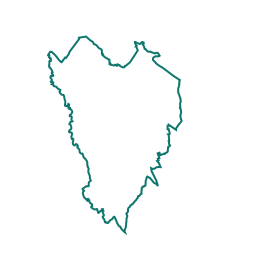 outline of Tepeojuma, Puebla, Mexico, rotated 165°
{"feature_id": "50627088B71138108989678", "entity_name": "Tepeojuma", "entity_type": "district", "adm_level": 2, "iso_a3": "MEX", "parent_name": "Mexico", "parent_adm1": "Puebla", "projection": "equal_earth", "projection_center": [-98.425, 18.729], "detail": "fine", "context": "isolated", "style": "outline", "palette": "teal", "viewbox_px": 256, "rotation_deg": 165, "n_neighbors": 0, "source": "geoboundaries", "source_scale": "gbopen_adm2", "svg_char_len": 5834}
<svg xmlns="http://www.w3.org/2000/svg" viewBox="0 0 256 256"><g transform="rotate(165 128 128)"><path d="M183.4,221.8L186.4,219.1L186.3,218.8L185.3,218.7L185.2,218.2L185.7,217.4L185.7,217.1L186.0,216.7L185.4,215.6L185.0,215.7L184.6,215.3L184.6,214.5L185.3,212.8L185.8,213.1L186.4,213.1L186.8,212.5L187.5,209.7L188.1,209.0L188.0,207.9L188.3,207.0L187.4,205.8L186.6,203.4L186.4,201.4L187.2,201.2L187.5,200.8L186.6,198.3L186.8,197.7L187.4,197.6L188.3,198.3L189.1,198.2L189.9,196.9L189.1,194.5L189.3,193.6L190.5,192.9L190.4,192.1L188.6,191.6L188.4,191.1L188.9,190.3L190.1,189.8L189.1,189.2L188.9,188.6L188.8,187.7L186.8,186.5L186.2,185.9L185.7,184.3L183.5,182.3L184.2,181.2L184.7,181.0L184.6,179.2L183.2,177.2L181.9,176.7L181.5,175.6L181.8,172.0L181.6,170.2L182.3,167.9L183.1,166.1L182.8,165.6L182.0,165.1L181.8,165.0L181.8,165.3L181.5,165.0L181.1,164.9L180.3,165.5L179.9,165.5L179.4,166.6L178.8,166.0L180.1,163.1L180.3,162.3L179.9,161.8L179.0,162.6L178.8,162.5L178.5,160.8L177.6,159.1L177.6,158.5L177.7,157.8L179.1,156.2L180.7,155.6L181.2,154.9L181.1,154.4L179.9,154.0L179.5,153.0L179.6,152.4L180.0,152.0L180.4,151.1L180.5,150.2L179.9,148.9L182.3,148.6L183.0,147.5L183.6,147.0L182.7,146.1L182.5,144.3L182.8,142.3L183.8,141.4L184.9,141.1L185.5,140.6L186.0,139.7L185.8,139.2L185.0,138.6L184.3,138.6L183.9,138.3L183.6,137.8L183.4,137.2L183.7,136.3L184.7,134.8L185.2,133.5L184.9,131.7L184.6,131.7L184.3,132.1L183.8,131.9L183.7,131.6L184.1,130.0L185.2,128.2L185.2,126.6L184.9,125.5L184.5,125.2L183.7,125.1L182.9,125.6L182.7,125.9L182.3,125.9L181.8,125.5L181.1,124.2L181.1,123.6L181.3,123.1L181.9,122.9L181.9,122.3L181.5,121.5L181.0,120.8L180.6,119.8L180.9,116.9L180.3,115.9L179.6,115.2L178.7,115.1L178.5,114.6L178.4,111.1L177.9,110.1L177.5,109.8L177.1,108.8L176.2,106.4L176.2,105.3L176.7,103.8L177.0,101.7L177.0,101.4L176.8,101.2L176.9,100.4L176.6,99.5L176.6,98.6L177.3,97.3L177.7,95.7L177.7,95.1L177.3,91.6L177.8,89.5L177.8,88.7L177.5,87.3L177.6,86.7L179.4,86.0L179.8,85.6L180.3,84.6L180.9,82.3L181.3,82.0L182.1,82.0L182.6,82.4L183.8,82.5L186.3,81.4L187.6,81.0L187.6,80.6L187.5,79.9L186.7,78.7L187.9,78.0L188.3,77.3L188.5,76.8L188.4,75.8L188.6,74.6L188.5,73.5L188.4,72.5L186.7,69.7L186.1,68.2L185.8,68.0L185.5,68.0L185.2,69.9L184.8,69.9L184.4,69.4L184.2,68.3L184.3,66.4L184.1,65.7L184.0,65.3L182.8,64.1L182.6,63.8L182.5,63.1L182.6,62.7L182.8,62.9L182.9,62.2L183.2,61.6L183.5,61.3L184.0,61.2L184.0,60.8L183.2,59.7L181.6,58.2L180.1,57.7L179.1,57.8L178.8,57.6L179.0,56.9L178.7,55.6L178.8,53.9L178.4,53.7L177.9,53.8L176.6,54.7L175.0,55.2L174.4,56.0L174.1,55.8L174.0,56.3L173.3,56.2L173.3,55.1L173.5,55.3L174.3,53.7L174.1,51.5L173.9,50.6L173.9,49.9L174.5,49.2L175.3,49.0L175.5,48.6L175.3,47.1L174.6,46.1L174.6,44.0L174.5,43.0L174.0,43.0L173.7,42.2L172.9,42.2L172.4,41.5L171.8,41.5L171.3,42.1L170.3,42.4L169.7,43.2L169.0,43.6L167.1,44.0L165.3,45.5L164.4,45.9L164.1,45.6L163.8,44.5L163.6,42.8L163.4,42.4L163.0,38.3L162.5,37.4L162.4,36.8L162.4,36.1L161.8,35.3L161.0,34.7L160.5,32.3L158.6,28.9L158.0,28.1L158.1,28.9L158.0,29.6L155.6,33.2L154.9,34.9L154.6,36.2L154.0,37.3L152.6,41.5L151.7,42.6L151.4,43.4L151.4,43.9L151.8,45.1L151.7,45.5L151.3,46.1L150.3,46.6L149.5,47.6L149.1,49.4L148.5,50.4L147.9,50.9L146.7,51.3L145.9,52.4L145.5,52.7L144.6,52.8L144.0,53.0L143.6,53.5L142.9,53.5L142.0,54.1L141.6,54.8L140.8,55.0L140.2,55.6L138.7,56.4L137.6,57.5L136.7,57.9L136.5,58.5L135.7,59.6L134.7,59.4L133.5,60.5L131.8,61.1L131.7,62.7L131.3,63.4L131.1,64.0L130.9,64.2L130.4,66.2L129.9,66.4L129.6,67.1L129.2,67.5L128.3,67.3L127.7,67.4L127.6,67.7L127.2,67.9L126.6,67.7L126.0,67.9L125.7,69.0L125.0,70.9L124.7,72.2L123.8,73.4L122.8,75.4L122.1,76.1L121.6,76.0L120.8,75.0L120.6,74.6L119.7,74.1L117.3,68.8L116.8,67.9L115.4,67.0L114.8,66.0L114.1,64.2L114.2,69.5L116.4,80.4L116.1,83.3L114.7,82.0L112.9,81.9L110.3,82.7L108.4,82.4L106.7,81.8L107.2,86.0L108.4,88.6L106.9,88.8L107.2,90.6L105.5,90.7L105.9,95.8L104.0,96.0L103.7,93.4L101.6,93.7L99.4,93.5L99.4,93.9L98.3,93.8L97.7,94.3L96.3,94.5L95.8,94.9L94.1,99.3L93.3,99.6L92.7,99.5L91.9,100.3L92.5,102.0L92.1,103.3L92.1,104.6L91.7,104.5L91.4,105.6L90.6,110.1L90.6,110.7L90.9,111.5L89.4,111.4L88.9,113.2L89.1,115.0L89.0,116.3L90.1,116.6L89.2,119.9L87.8,119.6L87.7,120.4L82.1,113.9L81.9,114.9L77.9,118.4L76.7,119.1L74.4,120.9L74.3,121.7L74.6,122.9L74.4,124.6L74.5,125.6L74.4,126.1L72.7,129.1L72.3,131.6L72.4,132.5L72.3,132.4L72.2,133.6L72.3,134.2L72.2,134.8L71.8,135.7L71.4,138.1L70.1,140.0L70.0,141.8L69.6,142.9L69.9,144.1L69.9,146.0L70.3,149.5L70.0,150.4L69.5,152.6L68.1,155.1L67.7,155.5L67.3,156.5L67.4,157.1L66.5,158.7L66.3,159.0L66.4,159.6L66.1,160.4L65.5,160.9L70.4,166.3L78.8,177.1L81.7,180.0L84.4,183.5L84.5,184.5L85.2,185.3L86.3,187.4L85.9,188.5L85.5,189.2L84.4,189.8L83.6,190.0L82.2,190.0L80.0,189.3L78.8,189.5L78.7,189.6L79.5,192.1L80.0,192.9L81.5,193.4L82.3,193.1L82.8,193.1L86.1,195.4L86.9,196.1L88.7,196.4L89.2,196.8L90.1,198.4L90.6,199.7L91.5,200.1L91.4,202.4L92.0,204.7L91.0,205.4L91.5,206.1L91.3,206.8L91.1,206.9L91.5,207.2L92.2,207.3L92.8,207.2L93.3,206.9L94.0,206.1L94.5,206.1L95.9,206.8L97.1,207.6L98.7,209.2L99.0,209.3L99.2,207.7L98.8,205.8L98.4,205.3L99.2,204.7L98.9,204.6L98.5,200.4L109.0,191.0L113.9,188.7L114.7,188.8L115.2,188.6L115.6,187.8L115.8,187.7L117.1,187.8L119.5,189.8L120.4,190.9L120.2,191.1L120.8,191.6L121.6,192.1L122.2,191.5L122.3,191.9L123.1,191.3L124.3,192.5L125.3,192.0L128.2,193.5L128.1,194.0L128.4,194.9L128.8,194.3L129.3,194.4L128.6,197.9L128.2,198.6L129.3,199.5L130.3,200.8L131.8,202.1L133.0,203.9L133.2,205.7L133.8,205.4L134.0,206.6L133.2,209.2L133.2,210.2L133.4,210.8L135.1,212.4L136.0,213.6L136.6,215.3L137.6,216.8L139.3,218.0L139.6,220.1L141.7,222.4L144.9,227.2L152.1,227.9L152.2,226.6L164.3,217.1L166.5,214.4L169.8,211.7L170.5,212.3L175.1,208.7L175.6,209.1L176.9,211.2L178.4,214.9L179.9,218.0L182.1,221.3L183.4,221.8Z" fill="none" stroke="#0f766e" stroke-width="2"/></g></svg>